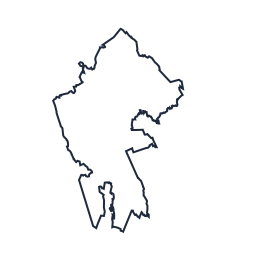 Limbažu pag., Limbaži, Latvia (Equal Earth projection), rotated 70°
{"feature_id": "27541924B16495698294804", "entity_name": "Limbažu pag.", "entity_type": "district", "adm_level": 2, "iso_a3": "LVA", "parent_name": "Latvia", "parent_adm1": "Limbaži", "projection": "equal_earth", "projection_center": [24.723, 57.482], "detail": "fine", "context": "isolated", "style": "outline", "palette": "slate", "viewbox_px": 256, "rotation_deg": 70, "n_neighbors": 0, "source": "geoboundaries", "source_scale": "gbopen_adm2", "svg_char_len": 5840}
<svg xmlns="http://www.w3.org/2000/svg" viewBox="0 0 256 256"><g transform="rotate(70 128 128)"><path d="M223.7,168.0L206.9,152.8L207.3,151.7L208.6,151.9L212.0,151.2L212.2,150.9L211.9,150.7L211.9,150.0L214.6,149.2L214.5,148.9L216.3,148.0L214.8,146.9L211.7,144.0L212.5,143.6L214.9,143.5L215.3,143.1L215.2,142.4L216.3,142.3L217.0,141.0L216.2,140.3L216.3,140.1L218.6,138.9L216.6,138.2L214.2,139.2L211.1,137.6L208.1,136.5L207.5,136.3L205.5,136.5L203.0,135.1L197.0,136.2L196.9,136.4L196.4,136.3L194.0,135.3L191.9,135.0L190.8,133.8L188.6,133.8L188.4,134.0L188.0,133.8L182.4,133.8L181.4,134.2L180.6,134.7L178.4,135.4L178.3,135.8L149.1,137.8L148.5,131.0L149.5,131.2L152.7,131.2L153.0,118.0L153.4,116.1L152.6,113.9L151.7,113.7L151.1,110.8L153.5,110.7L153.3,110.0L155.5,108.7L155.6,107.9L155.7,107.7L148.3,108.4L145.6,108.3L145.6,109.4L145.4,109.6L141.4,111.5L141.3,111.4L140.3,111.9L140.2,114.0L139.9,114.6L136.9,114.6L135.3,114.8L134.7,114.7L132.8,120.6L131.2,125.1L129.8,125.1L129.5,123.6L128.1,123.6L127.4,123.4L127.1,123.6L126.6,123.5L121.5,120.8L122.1,119.5L122.0,118.4L122.2,118.2L120.8,117.9L120.1,117.0L120.1,116.4L120.3,115.8L120.2,115.3L118.6,113.9L118.9,112.9L117.9,112.6L118.0,112.4L117.8,111.7L118.3,111.8L118.5,111.2L115.3,110.8L115.5,110.1L119.1,110.3L119.4,108.3L117.2,107.9L117.4,107.4L119.1,107.7L118.9,107.5L118.6,106.5L118.8,106.4L118.7,106.2L119.2,106.2L119.4,105.1L123.0,105.8L123.1,105.5L123.7,105.3L123.3,105.0L123.5,104.8L123.5,104.3L122.9,104.2L123.5,104.0L123.4,104.3L123.7,104.3L123.7,104.0L124.8,103.1L125.0,102.8L125.1,102.5L125.2,102.4L126.0,102.6L126.7,102.1L129.2,102.2L129.9,101.1L129.7,101.0L129.8,100.9L130.2,101.1L130.3,100.9L130.1,100.8L130.5,100.1L131.0,99.9L130.7,99.8L130.5,100.0L130.3,100.0L130.6,99.4L131.0,99.5L131.3,99.1L131.6,99.1L131.6,98.9L133.0,99.2L133.0,98.9L133.4,98.9L133.5,98.7L133.2,98.6L133.2,98.4L133.0,98.1L134.2,97.9L134.4,97.2L132.6,97.3L132.4,97.0L131.3,96.8L130.4,97.5L129.8,97.6L129.3,97.5L128.9,96.5L128.5,96.0L128.5,95.1L128.3,94.7L127.1,93.8L127.1,93.5L126.8,93.2L125.9,92.7L125.4,92.5L125.4,92.2L125.8,91.5L125.9,91.3L125.8,91.1L125.9,90.9L126.0,90.4L125.8,90.3L125.8,89.8L125.9,89.5L125.7,89.3L126.0,88.9L126.2,88.4L126.1,88.2L126.2,87.7L125.9,87.5L125.5,85.4L125.1,85.2L124.0,85.0L123.5,84.7L123.4,84.1L122.9,83.6L123.0,83.3L123.8,82.7L123.8,82.4L123.4,82.1L123.9,82.0L123.5,81.6L124.0,81.0L124.5,80.8L124.5,80.3L123.5,79.3L122.8,79.2L122.3,79.3L122.1,78.7L122.5,78.4L122.6,77.9L123.0,77.3L123.0,76.7L123.3,76.5L123.3,76.0L123.1,75.5L123.9,74.8L123.9,74.2L123.1,73.6L119.9,73.1L119.3,72.5L118.1,72.3L117.9,72.1L118.0,71.7L117.9,71.6L118.2,71.4L117.2,69.8L115.7,66.3L115.6,65.4L109.7,66.5L109.0,66.4L107.6,66.1L107.7,65.1L106.6,64.7L108.2,63.8L109.0,63.8L110.0,62.9L102.7,61.7L102.6,62.0L100.1,63.6L99.4,72.4L84.3,78.8L83.5,78.0L82.7,78.1L81.0,77.7L77.8,78.9L75.7,80.1L72.9,81.0L72.6,80.9L71.0,81.5L70.8,81.4L67.8,83.7L68.7,85.4L66.4,87.4L65.5,87.2L65.1,87.9L65.8,89.3L64.6,89.7L65.0,90.6L63.9,92.6L58.2,93.0L57.2,92.2L49.7,90.6L49.1,91.1L47.1,91.9L45.4,93.3L44.4,93.5L44.3,94.0L43.9,94.2L43.2,94.0L43.0,94.6L41.2,95.5L37.4,96.6L38.1,97.8L36.0,98.8L34.7,99.1L33.8,99.6L32.3,101.1L37.8,110.3L41.2,123.2L41.7,122.4L44.0,121.8L44.1,122.0L44.1,123.3L43.9,123.8L43.2,124.5L43.4,124.9L42.7,126.7L43.3,126.7L44.1,127.7L50.1,134.0L52.0,135.2L55.8,135.8L58.3,138.2L60.0,138.9L60.3,139.3L60.2,139.3L60.5,140.1L60.8,141.6L58.7,142.0L59.4,143.1L58.6,145.1L57.9,145.7L55.0,146.6L54.8,146.9L54.7,147.7L53.5,148.5L52.2,148.2L50.6,149.1L49.9,150.3L50.7,152.1L53.4,151.4L54.6,149.7L55.6,148.9L56.3,149.2L56.6,150.1L57.1,150.2L59.6,150.3L59.9,150.5L60.1,150.2L61.2,150.3L60.6,150.9L60.5,151.5L59.3,151.6L60.8,153.4L63.6,156.1L64.1,155.8L67.3,155.8L68.8,155.3L69.4,154.9L69.6,155.0L70.3,158.7L70.6,159.8L70.0,161.9L71.3,162.5L70.7,164.9L75.2,164.9L76.7,166.8L75.9,167.9L73.9,168.6L74.0,170.2L73.9,170.5L74.5,171.7L74.9,172.5L74.4,175.4L74.1,178.8L74.4,179.2L74.0,179.3L73.9,180.7L74.8,181.2L74.7,181.6L76.0,182.1L74.3,184.5L75.7,185.8L75.9,187.6L76.8,189.0L82.2,188.9L88.4,189.6L89.4,190.0L97.9,190.3L103.5,190.5L105.8,189.7L112.7,191.4L114.0,191.3L117.5,189.7L118.1,189.8L118.2,189.6L119.2,189.5L119.9,189.2L120.9,189.6L122.6,189.7L124.5,190.6L124.5,191.7L128.4,191.7L129.3,190.6L131.0,190.1L132.8,189.9L133.6,190.1L133.9,189.8L134.6,189.9L135.4,189.8L136.3,189.8L137.2,189.6L138.4,189.7L138.5,189.5L138.9,189.7L139.1,189.4L142.3,188.4L141.6,186.6L143.0,184.9L146.7,185.6L146.5,182.0L149.1,180.8L150.9,179.6L153.6,179.6L153.8,178.7L154.4,177.6L156.4,176.8L157.6,177.0L157.6,178.6L158.4,180.4L160.0,181.2L160.0,181.3L159.9,181.8L160.0,182.4L158.9,183.9L157.4,184.0L157.2,185.7L157.4,186.4L156.2,187.4L156.1,188.0L160.1,191.8L208.2,194.3L211.2,192.1L207.2,188.8L201.1,183.3L202.4,180.7L199.3,178.8L198.5,178.4L194.3,177.8L187.7,175.2L183.7,174.8L182.5,173.7L178.3,176.5L173.4,175.3L173.4,174.2L173.5,173.9L174.1,173.2L175.8,172.9L175.8,172.6L176.9,171.6L171.4,168.5L172.2,165.4L173.1,165.2L173.4,164.6L172.9,164.0L174.3,162.8L175.4,163.4L177.3,163.2L181.8,166.2L182.9,166.7L183.0,166.6L182.9,166.0L183.3,165.9L183.9,166.1L184.2,166.0L183.8,165.3L184.0,165.0L185.0,164.4L185.6,164.3L186.6,164.7L188.0,164.9L189.7,165.8L189.7,166.1L189.4,166.5L189.4,166.9L190.7,166.9L191.6,167.7L192.7,167.9L194.2,168.8L195.4,169.3L196.0,169.9L196.0,170.3L195.2,170.2L193.9,169.6L194.4,170.2L196.0,170.6L196.5,170.8L196.8,171.2L197.0,172.2L197.5,172.7L197.8,172.7L198.5,172.5L200.2,172.3L200.4,172.0L200.2,171.6L199.0,171.4L197.7,170.8L196.8,169.4L197.3,169.2L200.0,169.5L200.9,170.1L202.4,170.1L204.1,170.4L207.9,171.8L208.4,172.2L208.2,172.5L207.9,172.6L205.6,172.2L204.5,171.8L204.2,171.9L204.0,172.1L206.5,172.7L207.0,173.1L206.8,173.4L208.3,174.1L211.1,174.5L215.9,176.7L215.9,175.2L217.9,172.1L219.0,170.9L220.4,169.5L222.0,170.0L223.3,168.2L223.7,168.0Z" fill="none" stroke="#1e293b" stroke-width="2"/></g></svg>